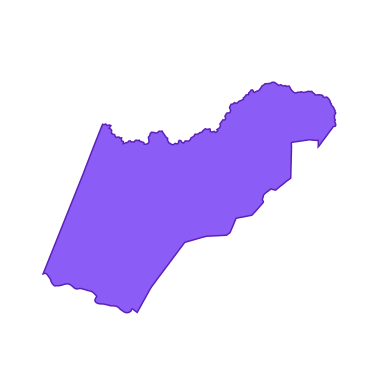 Parnarama, Maranhão, Brazil, rotated 112°
{"feature_id": "56859067B73995611622119", "entity_name": "Parnarama", "entity_type": "district", "adm_level": 2, "iso_a3": "BRA", "parent_name": "Brazil", "parent_adm1": "Maranhão", "projection": "albers", "projection_center": [-43.582, -5.599], "detail": "fine", "context": "isolated", "style": "filled", "palette": "violet", "viewbox_px": 384, "rotation_deg": 112, "n_neighbors": 0, "source": "geoboundaries", "source_scale": "gbopen_adm2", "svg_char_len": 4581}
<svg xmlns="http://www.w3.org/2000/svg" viewBox="0 0 384 384"><g transform="rotate(112 192 192)"><path d="M148.7,239.9L148.0,241.0L146.7,242.5L147.4,243.6L148.0,245.4L149.4,246.0L150.5,246.8L151.0,247.9L151.0,249.4L151.8,252.1L152.9,252.3L153.9,252.7L155.4,252.2L157.4,253.0L159.5,251.8L161.4,250.6L163.3,250.9L164.6,252.0L165.2,253.2L165.6,254.2L164.2,255.3L164.4,259.2L163.7,260.5L164.6,261.3L164.8,263.3L165.9,264.1L167.2,264.1L167.7,265.7L168.3,267.1L167.7,268.3L168.3,269.6L169.5,269.9L170.8,271.2L171.8,272.5L173.0,273.9L170.9,274.6L170.9,276.5L169.7,277.2L168.1,277.6L169.0,279.1L168.4,280.3L169.1,281.8L169.9,282.8L168.9,284.4L167.7,285.3L168.0,286.6L167.9,288.6L166.5,289.0L164.8,289.7L164.2,290.7L163.9,292.8L160.9,292.0L160.7,293.5L161.2,294.4L162.2,295.8L161.3,297.5L162.6,298.9L162.7,300.3L167.3,300.3L186.7,300.2L211.4,299.8L215.8,299.7L242.2,299.6L244.3,299.6L252.2,299.6L284.7,299.5L323.7,299.4L322.6,298.1L322.3,296.7L322.6,295.7L325.1,291.7L326.3,290.2L327.8,289.1L329.4,287.1L330.4,284.9L330.4,283.7L329.6,282.4L328.7,280.1L327.2,277.9L325.2,275.6L323.9,273.3L323.4,270.9L323.8,268.9L325.1,265.1L325.3,263.6L324.9,262.2L323.7,260.3L323.2,259.0L322.6,255.4L322.4,251.9L322.0,249.8L321.9,248.0L322.1,246.2L323.4,243.1L324.3,241.2L326.8,241.6L328.9,241.5L330.1,240.3L330.5,239.0L330.5,236.9L330.2,235.5L329.1,232.4L328.3,228.1L328.0,224.8L327.0,222.3L326.6,220.8L326.2,219.5L326.4,218.5L326.6,216.7L327.5,214.9L328.0,212.9L328.7,209.7L328.6,208.1L327.9,206.3L327.0,205.2L325.3,204.0L323.0,204.0L322.8,202.9L324.2,197.7L298.8,194.6L296.7,194.3L293.7,193.7L290.1,192.7L283.4,191.0L278.3,189.6L259.6,184.7L255.2,183.5L248.9,181.9L247.3,181.4L245.3,180.9L243.8,180.5L241.5,179.9L240.5,178.7L236.0,172.9L230.4,165.8L229.8,165.0L227.6,161.9L227.1,160.9L219.2,143.9L217.3,142.7L216.5,142.2L215.6,141.6L214.1,141.5L209.5,141.4L202.0,141.3L199.9,141.3L198.0,138.5L195.5,134.5L192.8,130.4L191.9,128.9L190.9,127.7L184.8,125.4L177.3,122.8L175.3,122.1L174.1,122.2L172.8,123.9L171.3,124.1L169.8,124.2L168.4,124.5L167.4,124.3L166.2,123.8L164.9,123.2L163.8,122.5L162.7,121.7L161.7,121.3L161.0,120.7L159.7,120.2L159.5,119.0L159.4,118.0L159.2,116.8L159.0,115.2L157.7,114.5L155.6,113.4L153.4,112.2L149.8,110.1L148.4,109.4L146.8,108.5L143.4,106.4L142.4,105.7L140.9,106.1L134.6,108.5L128.4,110.8L124.0,112.5L121.8,113.3L120.5,113.8L119.1,114.3L117.7,114.8L116.2,115.4L112.0,117.0L111.0,117.5L110.0,118.1L109.0,118.3L108.2,117.4L106.9,115.3L106.0,113.6L104.5,111.1L103.1,108.7L101.3,105.7L100.8,104.7L100.1,103.8L99.7,102.9L99.2,101.5L98.7,99.6L98.0,97.3L97.4,95.6L96.8,94.5L98.6,93.5L101.2,92.5L102.9,91.9L101.6,91.4L100.4,91.1L99.4,90.9L93.3,89.3L90.8,88.6L85.8,87.4L81.8,86.3L79.9,85.8L78.5,85.5L77.3,83.8L76.2,83.7L74.3,84.9L73.4,86.2L71.5,86.1L70.4,87.5L68.7,88.1L67.2,88.6L64.9,88.3L64.2,89.4L62.8,89.9L61.9,91.3L60.6,92.3L59.7,94.5L58.9,95.4L57.9,96.1L57.3,97.3L56.3,97.7L54.9,99.4L54.0,101.0L53.5,102.7L54.6,104.4L54.8,106.0L53.8,106.6L53.5,107.9L54.0,109.6L54.3,111.1L55.2,112.3L55.6,113.3L55.9,114.3L55.1,115.0L54.9,116.0L54.6,117.2L53.8,118.7L54.6,119.9L55.0,121.9L55.9,123.0L56.7,123.8L57.7,125.6L58.3,127.2L58.0,128.1L59.2,129.6L59.8,131.1L60.7,132.3L61.6,133.4L61.5,134.6L61.0,136.3L60.5,137.3L59.8,138.6L59.0,139.6L58.1,140.6L57.4,141.7L58.1,143.0L58.7,143.9L58.3,145.2L59.5,146.9L59.4,148.7L59.3,150.1L60.6,151.2L60.5,152.3L60.1,153.6L59.5,156.2L59.7,157.7L60.4,158.9L62.1,160.3L62.5,161.3L63.9,163.8L64.1,164.7L65.7,165.5L67.1,166.6L68.1,167.0L69.3,167.0L70.9,167.5L72.3,167.8L73.5,168.7L74.4,169.9L76.4,171.5L76.2,172.5L75.3,173.1L74.7,174.3L75.4,175.4L77.7,175.9L78.7,176.5L80.6,176.0L81.0,177.4L82.3,178.5L83.3,178.4L85.7,179.6L86.9,179.1L88.7,180.7L89.7,181.9L90.6,182.7L91.9,183.0L92.7,183.7L93.4,184.6L93.1,186.0L95.3,187.3L96.1,188.7L97.3,188.7L98.5,188.9L99.6,188.9L100.5,188.0L101.8,186.8L103.7,186.5L104.9,187.5L105.6,189.1L106.5,189.5L107.7,189.6L109.3,189.9L110.2,189.1L111.7,188.2L113.1,188.8L113.5,190.4L118.5,191.6L120.0,190.4L121.9,190.4L124.9,192.3L125.3,191.2L126.8,191.4L128.0,192.5L127.4,193.9L129.0,196.2L129.1,197.4L128.3,198.1L127.0,198.6L127.0,199.6L128.1,201.0L128.3,202.2L128.4,203.4L131.2,204.9L132.8,205.1L134.0,207.0L135.4,207.7L136.7,208.9L137.2,210.8L138.9,211.1L139.9,211.3L140.8,212.0L142.0,213.1L143.6,213.2L144.8,213.5L146.2,214.3L146.6,215.9L147.2,217.4L149.6,218.1L149.9,219.8L148.6,221.5L148.8,223.0L149.9,223.5L151.1,223.0L152.6,223.3L153.1,224.3L153.2,225.8L154.5,226.6L155.3,227.4L155.6,229.0L155.1,230.3L155.1,231.9L153.0,234.2L151.3,234.7L151.0,236.4L148.7,239.9Z" fill="#8b5cf6" stroke="#5b21b6" stroke-width="1.5"/></g></svg>